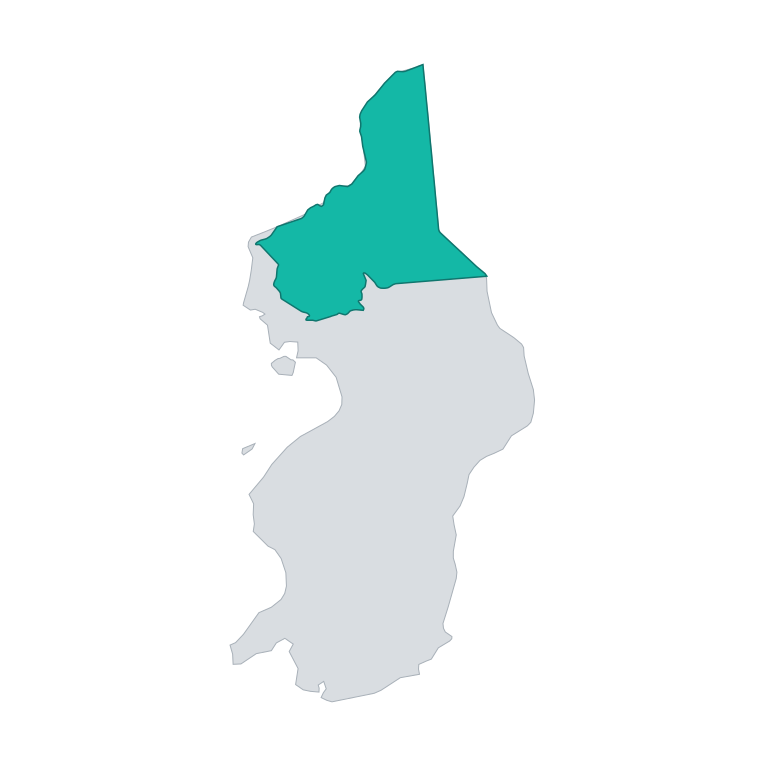 location of Tataouine within Tunisia, rotated 187°
{"feature_id": "TUN-98", "entity_name": "Tataouine", "entity_type": "Governorate", "adm_level": 1, "iso_a3": "TUN", "parent_name": "Tunisia", "parent_adm1": "", "projection": "mercator", "projection_center": [10.291, 31.745], "detail": "fine", "context": "in_parent", "style": "filled", "palette": "teal", "viewbox_px": 768, "rotation_deg": 187, "n_neighbors": 0, "source": "natural_earth", "source_scale": "10m", "svg_char_len": 5232}
<svg xmlns="http://www.w3.org/2000/svg" viewBox="0 0 768 768"><g transform="rotate(187 384 384)"><path d="M533.4,445.0L533.3,447.3L530.6,464.4L530.0,470.5L529.6,480.8L529.6,493.3L535.6,503.7L535.8,508.3L533.5,513.7L522.4,519.7L508.2,527.6L495.9,535.1L482.5,543.2L478.4,548.5L471.7,552.6L466.1,556.6L465.1,560.5L461.2,567.9L456.1,573.7L443.4,576.5L441.0,578.2L435.1,587.1L432.4,590.5L429.0,597.8L433.4,616.5L438.7,635.7L439.7,643.7L439.6,650.3L436.6,657.5L429.8,667.7L424.9,675.2L415.3,688.7L412.5,692.0L405.9,696.0L393.2,701.2L384.2,705.8L379.7,685.2L375.8,667.7L372.5,653.1L366.9,627.5L362.1,605.7L357.3,583.9L352.9,564.0L348.6,544.0L346.7,541.0L333.5,531.6L321.4,522.8L308.8,512.9L295.2,502.1L293.0,488.5L286.0,467.9L278.6,456.3L275.8,453.3L260.9,445.9L252.3,440.4L249.9,437.2L248.3,428.8L242.1,412.0L235.1,396.7L232.6,386.4L232.2,373.3L233.6,363.9L236.6,359.9L251.2,348.1L258.0,333.9L266.3,328.6L273.5,324.6L279.4,319.9L284.6,312.4L288.6,304.4L289.3,295.7L290.9,281.9L293.6,272.3L299.7,261.3L297.2,252.5L293.9,243.0L294.8,226.4L294.0,219.7L291.4,213.8L288.7,206.1L288.6,199.8L291.2,183.0L293.2,170.2L296.3,153.5L295.2,148.8L292.9,145.3L285.8,141.6L285.7,139.4L287.5,136.9L297.9,128.8L303.5,116.7L308.2,114.2L315.3,109.9L315.0,105.2L313.4,100.2L332.0,94.5L349.7,79.6L355.9,75.9L396.9,62.2L402.3,63.1L408.2,65.1L406.5,70.3L404.2,74.4L407.6,81.5L412.6,77.2L411.3,74.2L411.0,70.3L419.5,70.0L426.9,70.6L435.1,74.9L434.6,91.1L445.5,106.9L442.4,114.8L451.4,119.5L459.3,113.9L463.3,105.6L477.9,100.8L491.9,88.7L499.6,87.4L501.3,97.4L505.0,106.1L499.8,109.2L493.0,118.4L480.3,141.8L468.6,148.7L459.9,157.6L457.0,164.0L456.2,171.5L458.4,184.7L464.8,198.2L472.1,206.3L479.3,208.9L495.8,221.7L495.6,229.3L497.9,238.3L498.8,249.2L504.5,258.0L492.2,276.9L485.5,290.6L472.3,309.5L460.6,321.7L435.4,339.8L429.3,345.8L425.3,352.0L423.4,358.5L424.1,366.1L432.3,384.8L443.3,395.8L454.5,401.7L474.0,399.3L473.3,406.5L474.7,415.1L482.6,414.7L487.9,413.3L492.4,405.0L501.9,410.7L506.8,428.2L514.9,433.6L515.8,435.6L513.0,436.9L510.7,438.9L513.1,440.3L520.9,442.5L525.6,441.1L533.4,445.0ZM492.3,396.3L490.4,396.8L486.7,399.2L484.8,399.5L479.3,396.7L477.3,396.8L474.6,394.8L475.5,384.3L476.4,381.3L489.7,380.9L496.9,387.2L498.0,388.8L498.3,390.7L495.0,394.2L492.3,396.3ZM516.4,302.6L504.8,309.2L507.0,303.4L514.7,296.5L516.6,298.1L516.4,302.6Z" fill="#d9dde1" stroke="#a8b0b8" stroke-width="1"/><path d="M509.2,527.1L486.0,538.3L483.9,540.5L480.9,547.5L478.4,550.0L475.7,551.7L473.2,553.7L471.7,554.2L470.4,553.6L469.0,552.9L467.6,552.7L465.9,554.5L465.3,561.6L464.3,564.5L461.1,567.5L459.9,570.6L459.0,571.9L457.9,573.0L456.6,574.0L452.5,575.6L444.1,575.5L440.2,578.6L435.1,587.6L430.3,593.0L429.2,595.1L428.4,600.8L428.5,602.3L434.1,617.4L436.4,626.6L438.8,631.7L438.9,633.3L438.5,636.6L438.8,639.8L440.7,645.9L440.6,648.8L439.5,652.4L434.8,662.0L428.0,669.9L420.1,682.7L410.7,694.8L408.8,696.0L403.3,696.3L401.1,696.9L384.3,705.8L382.2,696.2L380.0,686.7L377.9,677.1L375.8,667.5L373.6,657.8L371.5,648.2L369.4,638.6L367.3,628.9L365.1,619.3L363.0,609.6L360.9,599.9L358.7,590.2L356.6,580.5L354.5,570.8L352.3,561.0L350.2,551.3L350.0,550.4L348.6,544.0L347.8,542.3L346.7,541.1L334.1,531.9L318.4,520.5L306.4,511.8L297.2,505.9L295.1,503.6L296.5,503.2L384.6,485.0L386.5,484.1L387.3,483.6L390.4,481.0L391.9,480.0L393.8,479.4L395.7,479.0L398.2,478.8L399.1,478.8L400.2,479.1L401.6,479.6L402.2,480.0L402.9,480.5L403.2,480.8L405.6,483.8L413.7,490.3L415.6,491.4L416.4,491.8L416.8,491.8L417.1,491.9L417.5,491.8L417.8,491.7L418.0,491.3L417.7,490.7L417.6,490.3L414.5,484.9L414.4,484.6L414.4,483.8L414.5,480.2L414.7,478.3L414.9,478.0L415.1,477.6L417.0,475.4L417.8,474.0L418.0,473.6L418.0,473.2L417.9,472.7L417.5,471.9L417.0,471.0L416.8,470.4L416.4,467.5L416.4,465.9L416.4,465.5L416.5,465.2L416.7,464.9L416.9,464.6L417.2,464.4L417.5,464.2L418.5,464.0L419.1,463.7L419.4,463.5L419.5,463.0L419.2,462.4L417.3,460.4L414.3,458.1L413.9,457.7L413.6,457.3L413.3,456.8L413.2,456.3L413.2,455.9L413.6,454.6L420.1,454.4L421.7,454.2L423.6,453.7L426.1,452.6L426.4,452.4L426.7,452.1L428.3,449.9L428.7,449.4L429.2,449.0L430.1,448.4L430.6,448.1L431.1,448.0L432.5,448.1L436.3,448.8L437.2,448.8L437.7,448.6L438.1,448.4L438.6,447.7L439.3,447.2L444.4,445.0L445.4,444.4L458.6,438.5L459.2,438.3L459.9,438.3L462.5,438.6L468.3,437.9L469.1,438.0L469.3,438.3L469.3,438.6L469.3,438.9L469.1,439.2L468.5,440.1L468.4,440.5L468.4,440.8L468.3,441.1L468.1,441.4L466.6,441.9L466.4,442.2L466.3,442.5L466.3,442.8L466.5,443.1L466.7,443.4L467.0,443.8L467.7,444.3L468.4,444.7L469.7,445.2L473.2,445.6L474.8,446.0L495.6,455.8L496.1,456.1L496.4,456.4L496.6,456.7L496.8,456.9L496.8,457.1L497.8,461.3L498.0,461.8L498.5,462.5L499.1,463.2L502.3,466.1L503.2,466.8L504.1,467.3L504.6,467.6L505.0,468.0L505.2,468.3L505.4,468.6L505.6,469.2L505.6,469.5L505.6,470.1L505.4,471.6L505.0,473.1L504.0,475.7L503.9,476.4L503.8,477.1L504.1,484.8L504.0,485.9L503.3,488.7L503.2,489.0L503.2,489.4L503.3,489.7L503.6,490.1L523.3,506.5L524.0,506.9L524.6,507.1L525.1,507.2L527.3,506.8L527.9,506.8L528.3,507.0L528.4,507.4L528.3,507.7L528.1,508.1L527.6,508.8L527.0,509.4L524.3,511.4L523.1,512.0L519.5,513.4L518.0,514.2L516.7,515.3L515.4,516.4L514.1,517.9L509.2,527.1L509.2,527.1Z" fill="#14b8a6" stroke="#0f766e" stroke-width="1.5"/></g></svg>